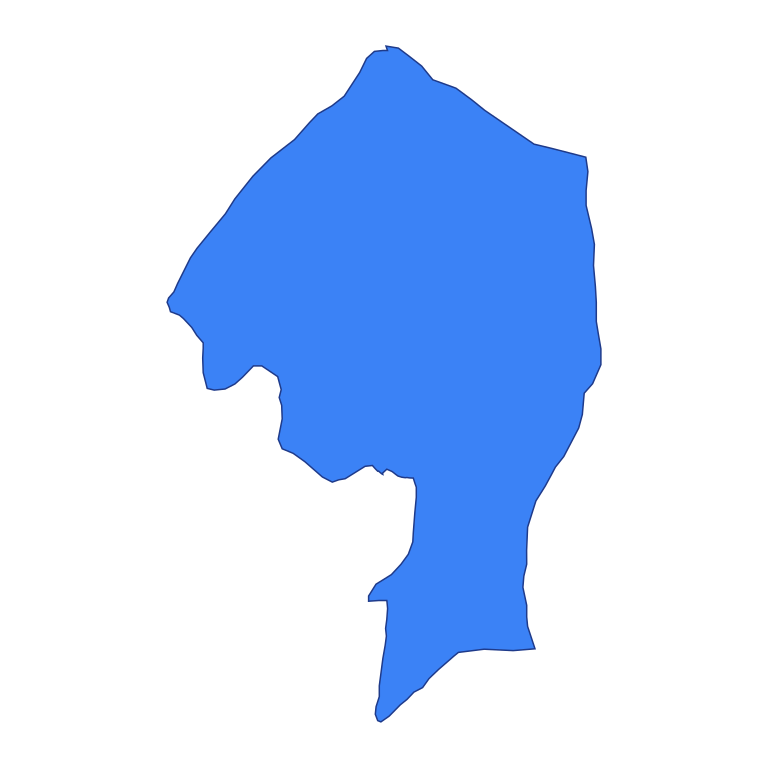 outline of Yagba West, Kogi, Nigeria
{"feature_id": "59680162B26925253941931", "entity_name": "Yagba West", "entity_type": "district", "adm_level": 2, "iso_a3": "NGA", "parent_name": "Nigeria", "parent_adm1": "Kogi", "projection": "robinson", "projection_center": [5.518, 8.278], "detail": "fine", "context": "isolated", "style": "filled", "palette": "blue", "viewbox_px": 768, "rotation_deg": 0, "n_neighbors": 0, "source": "geoboundaries", "source_scale": "gbopen_adm2", "svg_char_len": 2051}
<svg xmlns="http://www.w3.org/2000/svg" viewBox="0 0 768 768"><path d="M170.5,311.7L179.4,315.1L183.4,318.5L191.8,327.5L196.8,335.4L203.2,342.8L203.2,348.4L202.7,358.0L203.2,372.7L207.2,388.4L214.2,390.1L225.1,389.0L235.0,383.9L242.5,377.2L253.4,365.9L261.8,365.9L277.7,376.6L281.2,389.6L279.2,397.5L281.7,405.4L282.2,418.9L278.2,439.2L282.2,448.8L293.1,453.3L294.4,454.2L305.0,461.8L322.4,477.0L332.3,482.1L338.8,479.8L345.2,478.7L365.1,466.3L372.4,465.5L375.5,469.0L377.7,471.2L378.5,471.1L381.7,473.8L382.8,474.4L382.6,473.1L386.8,469.2L388.4,469.9L390.5,470.8L392.2,471.6L395.5,474.2L397.9,476.0L401.7,477.2L405.3,477.7L406.9,477.5L409.4,477.9L413.3,478.1L415.0,483.5L416.3,487.2L416.3,497.3L414.8,513.1L413.3,532.8L412.8,541.9L408.3,554.3L407.4,555.5L400.9,564.4L391.4,574.6L379.7,581.9L376.0,584.2L368.6,596.0L368.6,601.2L378.9,600.5L379.1,600.5L386.8,600.5L387.0,601.9L387.6,608.6L386.8,619.4L385.6,628.5L386.4,636.1L385.2,645.2L382.9,658.3L379.3,685.8L379.3,696.6L377.3,702.9L376.1,706.6L375.3,714.2L377.7,720.6L380.9,721.9L389.2,716.1L400.3,704.8L407.1,699.3L413.9,692.1L422.6,687.6L429.0,678.6L432.1,675.6L433.8,674.0L438.5,669.5L454.0,656.0L458.4,652.4L484.2,649.2L513.2,650.6L530.3,649.2L535.0,648.8L527.6,626.4L526.7,616.9L526.7,605.3L522.9,587.4L523.8,576.5L523.9,575.8L526.7,564.2L526.6,550.4L527.6,527.2L535.9,500.9L545.2,486.1L551.5,474.5L555.4,467.1L563.8,456.5L578.7,428.0L582.4,414.3L582.4,413.9L584.2,393.2L592.6,383.7L600.9,364.7L600.9,348.9L598.2,333.1L596.3,321.5L596.3,302.5L595.4,286.6L593.5,265.5L594.4,244.4L591.6,228.6L586.1,205.4L586.1,190.6L587.9,171.6L585.8,157.2L551.7,148.4L534.7,144.3L534.1,144.2L484.8,110.4L471.8,99.9L456.0,88.2L432.8,79.8L421.7,66.1L409.6,56.6L398.4,48.1L386.0,46.1L387.5,50.5L382.9,50.5L374.4,51.4L366.6,58.4L359.7,72.5L344.2,96.2L331.8,105.9L317.8,113.9L309.7,122.4L294.5,139.6L270.9,157.9L252.9,176.2L234.9,198.8L225.4,213.8L210.2,232.1L197.0,248.3L190.4,257.9L177.7,283.3L173.9,291.9L168.6,298.0L167.1,302.3L169.3,307.4L170.5,311.7Z" fill="#3b82f6" stroke="#1e3a8a" stroke-width="1.5"/></svg>